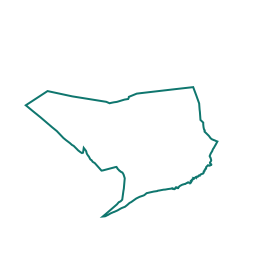 outline of Klæbu nor, Sør-Trøndelag, Norway, rotated 140°
{"feature_id": "86288312B3203953779566", "entity_name": "Klæbu nor", "entity_type": "district", "adm_level": 2, "iso_a3": "NOR", "parent_name": "Norway", "parent_adm1": "Sør-Trøndelag", "projection": "mercator", "projection_center": [10.509, 63.25], "detail": "fine", "context": "isolated", "style": "outline", "palette": "teal", "viewbox_px": 256, "rotation_deg": 140, "n_neighbors": 0, "source": "geoboundaries", "source_scale": "gbopen_adm2", "svg_char_len": 4387}
<svg xmlns="http://www.w3.org/2000/svg" viewBox="0 0 256 256"><g transform="rotate(140 128 128)"><path d="M204.2,76.4L202.3,75.1L200.9,74.7L200.3,74.6L198.9,74.2L197.9,74.1L195.9,73.7L193.2,72.9L192.8,72.7L190.4,72.0L189.0,71.6L185.4,71.0L184.2,70.7L182.7,70.2L181.0,69.6L180.8,69.6L178.1,69.5L175.0,69.6L173.2,69.2L167.0,68.7L163.3,67.8L160.0,66.5L158.7,66.1L155.6,66.1L149.2,62.8L146.8,61.3L145.9,60.8L145.2,60.7L144.7,60.3L140.4,57.9L139.2,57.0L136.6,55.5L133.4,53.5L133.1,53.5L133.1,53.4L133.1,53.1L133.0,52.8L132.8,52.8L132.7,52.8L132.7,52.7L132.3,52.4L132.3,52.2L132.2,52.2L132.1,51.9L131.9,51.6L131.8,51.4L131.6,51.4L131.3,51.4L131.1,51.2L130.8,51.2L130.7,51.2L130.7,51.4L130.4,51.6L130.1,51.7L129.8,51.7L129.6,51.8L129.4,51.8L129.3,51.7L129.2,51.6L129.4,51.5L129.4,51.4L129.4,51.2L129.1,51.0L128.9,51.0L128.9,50.9L128.8,50.7L128.8,50.2L128.7,50.1L128.4,50.0L128.2,49.8L128.0,50.0L127.8,50.0L127.5,50.0L127.3,50.0L127.2,50.1L125.9,50.3L123.3,49.8L121.9,49.3L121.7,49.1L120.8,48.8L120.5,48.6L120.2,48.5L120.0,48.3L119.8,48.3L119.7,48.3L119.3,48.2L118.8,48.2L118.4,48.1L118.2,48.0L117.8,47.8L117.6,47.8L117.4,47.9L117.1,47.8L117.0,47.7L116.8,47.7L116.7,47.6L116.5,47.2L116.5,46.9L116.3,46.8L116.2,46.7L115.9,46.5L115.9,46.4L115.7,46.4L115.7,46.1L115.4,46.0L115.3,45.9L115.2,46.0L114.9,45.9L115.0,45.8L114.9,45.8L114.7,45.8L114.4,46.0L114.2,46.2L113.8,46.3L113.8,46.5L113.5,46.6L113.4,46.9L113.4,47.0L113.2,46.9L113.2,47.0L112.9,47.0L112.9,46.9L112.6,47.1L112.3,47.2L112.2,47.1L111.9,47.1L111.6,47.0L111.4,47.3L111.1,47.3L111.1,47.2L110.9,47.0L110.5,46.8L110.4,46.9L110.1,46.7L109.9,46.7L109.7,46.8L109.8,46.8L109.6,47.1L109.6,47.3L109.3,47.0L109.3,46.9L109.1,46.8L108.7,46.7L108.3,46.7L108.1,46.8L107.8,46.7L107.7,46.8L107.4,46.6L107.4,46.4L107.2,46.6L106.9,46.4L106.8,46.6L106.7,46.6L106.5,46.4L106.4,46.2L106.0,46.0L105.8,45.9L105.7,45.8L105.2,46.0L105.0,45.9L104.8,46.0L104.6,45.9L104.3,46.0L104.2,45.8L103.8,45.7L103.7,45.6L103.6,45.4L103.4,45.5L103.0,45.7L102.7,45.7L102.3,45.7L102.1,45.7L101.9,45.5L101.5,45.5L100.9,45.3L100.5,45.2L100.1,44.9L99.8,44.9L99.7,44.9L99.6,45.0L99.4,45.0L99.1,45.1L98.7,45.1L98.6,45.4L98.5,45.5L98.4,45.5L98.2,45.8L97.6,45.9L97.3,45.9L97.3,46.1L96.7,46.1L96.5,46.4L96.4,46.5L96.2,46.5L95.6,46.5L95.2,46.9L94.6,46.8L94.3,46.7L94.2,46.8L94.1,47.2L93.9,47.3L93.7,47.4L93.5,47.6L93.3,47.8L93.2,47.8L92.9,47.8L92.1,47.9L91.8,48.0L91.5,47.9L90.9,48.1L90.7,48.1L90.5,47.8L90.5,47.7L90.3,47.6L90.2,47.5L90.3,47.3L90.2,47.1L89.8,46.8L89.7,46.7L89.1,46.5L88.7,46.5L88.0,46.2L87.7,46.4L87.6,46.7L87.6,47.0L87.8,47.5L87.7,48.5L87.5,48.8L87.2,48.9L86.4,49.1L85.8,49.3L85.2,49.6L85.0,49.8L84.5,50.8L84.2,51.6L83.8,52.4L83.8,52.6L83.8,53.1L83.6,53.7L83.5,54.0L81.0,55.3L78.6,56.1L78.1,56.3L77.7,56.6L76.2,57.3L75.9,57.4L75.6,57.5L75.2,57.5L74.9,57.6L74.0,58.0L70.9,59.1L68.2,60.2L68.7,61.1L68.9,61.4L69.3,62.3L69.8,63.3L70.2,63.8L70.3,64.2L70.8,65.0L71.1,66.1L71.3,66.9L71.1,70.0L71.5,74.3L71.6,75.3L71.6,75.6L71.7,75.8L71.7,76.0L71.4,76.3L71.1,76.5L70.9,76.7L70.8,76.8L70.8,77.0L70.7,77.1L70.7,77.3L70.8,77.5L70.7,77.7L70.7,77.8L70.6,78.0L70.5,78.4L69.6,80.1L68.2,82.2L67.8,82.7L66.9,83.8L67.3,87.6L62.6,94.1L61.3,96.1L57.7,101.1L54.7,109.2L51.8,117.4L56.3,120.4L67.6,127.9L86.1,140.1L94.9,145.9L99.2,148.7L107.3,151.3L107.7,150.9L108.4,150.5L109.2,150.1L112.4,152.0L119.4,155.0L120.3,155.5L122.2,156.7L124.2,157.8L126.2,158.8L127.8,162.0L150.4,188.1L165.9,208.0L191.7,211.1L190.0,201.9L188.1,192.1L185.7,177.6L184.5,171.4L183.9,161.9L183.3,158.6L182.2,153.8L181.8,151.0L181.1,149.2L181.0,147.9L180.7,144.6L180.6,143.0L180.1,140.7L179.6,138.9L179.4,138.4L178.3,138.0L174.7,141.2L174.8,138.9L174.9,137.4L175.1,136.8L175.9,135.2L176.1,134.5L176.4,132.2L176.3,131.9L176.5,130.5L176.6,130.2L176.9,128.9L177.0,128.2L176.9,127.5L176.7,127.2L176.6,126.4L176.8,124.9L176.7,124.6L176.5,123.8L176.2,123.2L176.0,122.4L175.7,112.4L174.6,111.7L162.7,106.1L161.9,105.6L162.0,105.4L162.0,105.2L162.0,104.9L161.9,104.4L162.0,104.2L162.1,103.9L162.1,103.6L162.2,103.4L162.2,103.0L162.1,102.6L162.0,102.3L162.0,102.1L162.0,101.9L162.1,101.5L162.1,101.4L162.0,101.2L162.0,100.7L161.9,100.5L161.8,100.3L161.8,99.9L161.7,99.8L161.7,99.4L161.5,98.9L161.5,98.6L161.3,98.3L161.1,97.8L161.0,97.6L160.9,97.5L161.3,95.2L162.8,91.6L170.2,84.2L172.0,82.7L178.5,76.8L180.5,76.6L182.0,76.8L182.7,77.1L185.6,76.6L201.1,76.4L204.2,76.4Z" fill="none" stroke="#0f766e" stroke-width="2"/></g></svg>